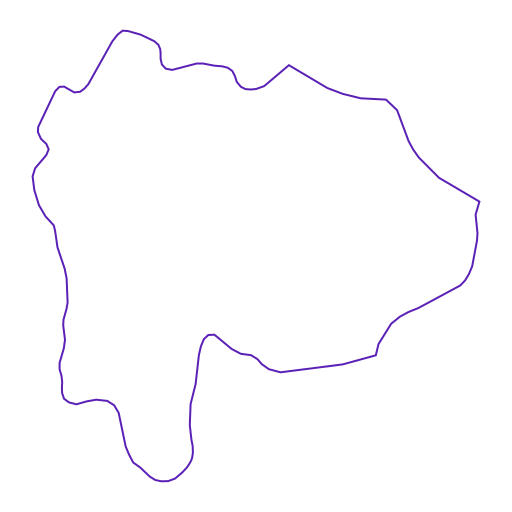 outline of Yamanashi
{"feature_id": "JPN-1861", "entity_name": "Yamanashi", "entity_type": "Prefecture", "adm_level": 1, "iso_a3": "JPN", "parent_name": "Japan", "parent_adm1": "", "projection": "robinson", "projection_center": [138.508, 35.557], "detail": "fine", "context": "isolated", "style": "outline", "palette": "violet", "viewbox_px": 512, "rotation_deg": 0, "n_neighbors": 0, "source": "natural_earth", "source_scale": "10m", "svg_char_len": 1572}
<svg xmlns="http://www.w3.org/2000/svg" viewBox="0 0 512 512"><path d="M122.6,30.7L127.8,31.0L140.5,34.6L154.3,41.2L158.4,44.8L160.2,49.1L160.6,53.0L160.6,58.9L161.9,64.5L165.8,68.7L172.2,69.9L196.8,63.5L202.9,63.5L214.5,65.7L222.1,66.3L227.9,67.8L232.3,71.0L234.7,75.6L236.8,81.9L240.9,86.8L245.5,89.1L250.9,89.5L256.1,89.0L264.2,86.1L288.9,65.2L327.3,88.0L342.8,93.9L360.7,98.3L386.0,99.6L397.1,110.2L408.6,141.1L413.1,149.4L418.8,157.5L439.0,177.8L479.4,201.6L475.6,214.7L477.5,233.2L477.0,240.6L472.2,266.2L469.0,273.9L465.1,280.4L460.2,285.5L418.2,308.1L408.5,312.0L400.0,316.6L391.2,323.7L378.5,344.1L375.8,355.3L342.7,364.4L280.5,372.3L268.9,369.2L261.8,364.2L257.5,359.2L251.1,355.2L240.8,353.8L231.7,349.0L214.4,334.7L208.3,335.0L203.9,339.1L200.9,346.3L198.9,355.0L195.6,384.1L190.6,404.1L189.8,425.1L191.4,439.5L192.7,446.3L192.9,452.9L192.2,457.4L191.3,460.3L189.5,463.6L186.9,467.5L182.0,472.7L175.0,478.6L168.2,481.1L161.3,481.3L155.3,480.0L149.9,476.7L140.2,467.5L133.2,462.5L129.2,454.9L125.7,446.6L118.7,413.0L114.2,405.3L107.3,400.9L96.2,399.7L86.6,401.4L76.4,404.3L69.0,402.4L64.0,398.7L62.1,393.0L61.9,387.5L62.2,382.0L61.5,375.9L59.6,369.3L59.6,362.8L63.8,348.4L65.0,339.8L63.2,325.4L63.5,319.7L66.6,308.5L67.6,302.5L66.6,278.3L64.6,268.5L57.5,247.4L55.1,230.9L53.8,225.4L45.5,216.4L38.9,205.1L34.3,190.0L32.6,176.4L35.1,168.3L46.3,155.1L48.7,149.3L46.3,143.9L41.0,138.9L37.9,132.1L38.2,127.0L55.2,91.2L59.4,86.9L64.1,86.6L74.2,92.4L80.1,91.8L84.4,88.6L88.3,84.2L112.3,41.4L117.6,34.6L122.6,30.7Z" fill="none" stroke="#5b21b6" stroke-width="2"/></svg>